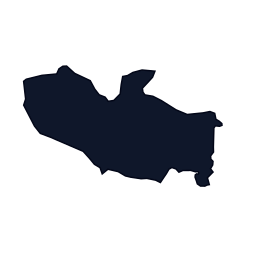 the district of Nyong-et-Mfoumou, Centre, Cameroon, rotated 249°
{"feature_id": "32672807B17257894448554", "entity_name": "Nyong-et-Mfoumou", "entity_type": "district", "adm_level": 2, "iso_a3": "CMR", "parent_name": "Cameroon", "parent_adm1": "Centre", "projection": "orthographic", "projection_center": [12.233, 3.83], "detail": "fine", "context": "isolated", "style": "filled", "palette": "ink", "viewbox_px": 256, "rotation_deg": 249, "n_neighbors": 0, "source": "geoboundaries", "source_scale": "gbopen_adm2", "svg_char_len": 1252}
<svg xmlns="http://www.w3.org/2000/svg" viewBox="0 0 256 256"><g transform="rotate(249 128 128)"><path d="M94.4,87.5L96.7,94.5L90.8,103.2L84.2,108.4L83.2,109.9L81.2,112.8L76.4,121.3L76.0,121.9L74.2,127.6L69.4,135.1L65.5,138.7L68.9,143.5L71.6,147.4L74.9,151.5L75.4,154.8L72.6,158.1L68.5,159.7L68.7,164.0L66.8,169.0L66.0,171.3L63.0,175.2L62.1,177.9L60.5,177.9L59.8,177.0L60.6,175.7L60.1,174.0L58.1,173.0L53.7,172.9L51.0,172.7L47.8,174.9L46.2,179.0L46.4,181.4L46.0,183.6L53.1,184.3L56.4,191.6L60.4,190.4L63.1,193.8L66.4,195.4L69.2,194.2L72.3,195.1L74.9,199.2L79.7,200.9L97.3,208.2L98.7,210.4L96.8,214.1L96.8,216.7L98.5,217.2L101.6,215.6L104.7,213.2L110.6,214.2L114.0,210.4L115.2,203.5L119.4,188.1L127.8,179.3L141.6,169.0L148.7,162.6L152.8,155.7L153.8,155.4L156.1,154.8L160.0,155.7L164.4,164.7L166.6,169.1L171.4,173.5L177.1,161.9L178.1,152.5L177.1,146.3L178.0,141.5L170.9,137.2L162.6,132.9L158.8,124.6L160.0,119.1L165.0,117.7L169.3,113.0L176.2,110.9L185.7,109.7L198.1,97.8L207.8,92.9L209.0,89.3L208.0,84.8L204.0,80.8L208.0,66.5L210.0,50.5L209.0,47.3L191.7,42.8L186.7,38.8L163.3,41.4L154.4,44.2L153.8,44.9L146.5,53.1L142.3,57.3L122.3,77.8L113.7,81.1L106.9,83.4L106.2,83.6L101.0,87.7L94.4,87.5Z" fill="#0f172a" stroke="#020617" stroke-width="1.5"/></g></svg>